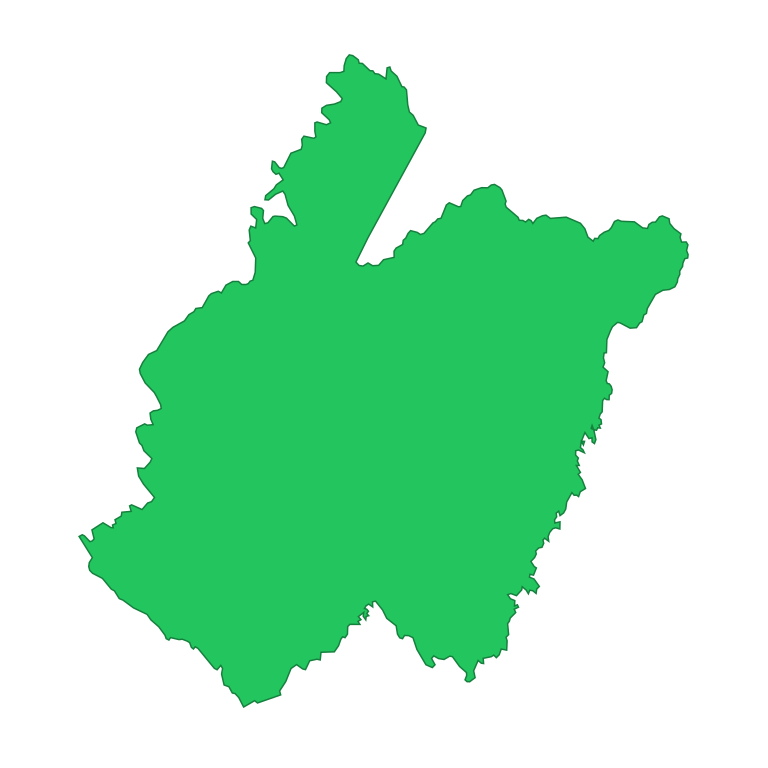 Tibagi, Paraná, Brazil (Equal Earth projection), rotated 182°
{"feature_id": "56859067B71832122633341", "entity_name": "Tibagi", "entity_type": "district", "adm_level": 2, "iso_a3": "BRA", "parent_name": "Brazil", "parent_adm1": "Paraná", "projection": "equal_earth", "projection_center": [-50.488, -24.685], "detail": "fine", "context": "isolated", "style": "filled", "palette": "green", "viewbox_px": 768, "rotation_deg": 182, "n_neighbors": 0, "source": "geoboundaries", "source_scale": "gbopen_adm2", "svg_char_len": 6131}
<svg xmlns="http://www.w3.org/2000/svg" viewBox="0 0 768 768"><g transform="rotate(182 384 384)"><path d="M562.2,465.9L568.3,454.0L574.7,452.9L576.5,449.6L581.4,446.5L585.6,440.1L596.9,433.3L601.7,428.7L612.3,409.5L620.4,405.3L625.9,397.1L628.9,390.2L627.9,385.8L622.7,376.7L613.2,367.4L610.7,363.3L606.5,355.6L605.8,351.7L609.4,349.8L613.6,349.1L616.8,346.8L615.8,340.6L613.3,335.3L619.1,334.6L621.8,335.8L629.5,331.6L630.4,327.5L626.3,316.5L623.8,314.2L621.6,308.9L613.4,301.4L615.0,297.7L620.5,291.2L627.6,291.5L626.0,283.4L620.9,275.6L609.4,262.6L612.2,258.3L616.1,256.8L621.4,250.1L632.0,254.4L634.0,253.3L632.2,247.9L641.5,246.7L642.0,242.8L648.1,239.0L647.0,235.2L650.4,233.6L649.6,230.9L651.9,231.0L660.0,235.5L670.8,228.0L668.3,219.2L670.0,217.0L672.4,216.2L678.1,221.8L680.3,222.8L683.4,221.0L669.4,200.3L672.3,195.2L672.7,191.2L671.6,187.5L668.7,184.7L658.6,179.9L649.3,169.4L646.2,167.9L641.1,160.3L637.3,158.9L626.5,151.5L612.7,145.5L608.7,140.1L600.7,133.6L594.1,125.3L592.8,121.9L590.0,120.6L588.5,123.1L579.9,121.4L576.7,121.9L571.8,120.2L569.2,118.8L567.3,114.1L565.2,112.5L563.5,114.8L560.7,113.3L543.6,93.9L540.8,92.6L537.3,97.1L535.4,94.1L536.2,88.4L533.3,77.6L528.5,76.1L524.8,69.9L522.0,69.4L518.3,65.7L513.0,56.3L502.2,63.0L499.3,60.8L476.4,69.7L477.6,73.6L471.8,83.2L467.0,96.4L461.6,100.5L455.3,96.4L452.5,95.8L448.6,104.8L441.4,106.6L438.1,106.0L437.6,113.7L424.3,114.6L420.3,120.8L418.2,127.5L416.5,129.9L414.1,129.1L411.8,132.7L411.8,140.4L409.7,142.6L399.7,142.9L401.7,145.8L398.8,147.7L401.5,150.6L396.3,155.0L396.7,151.2L394.0,147.7L393.7,151.1L391.2,151.9L393.2,154.0L391.6,156.3L393.5,158.4L395.7,158.9L394.1,161.8L391.6,163.5L387.5,160.8L387.9,165.9L384.9,166.7L377.5,158.1L373.1,149.9L363.4,142.8L361.8,134.5L359.4,130.9L356.6,130.1L354.7,133.4L350.6,133.4L346.2,131.5L341.8,119.8L332.3,104.9L325.8,102.3L323.2,105.2L326.9,111.4L324.8,114.0L319.9,111.5L314.4,110.8L308.8,114.3L306.1,113.9L298.6,104.3L291.5,98.5L291.2,95.5L292.7,91.2L290.6,89.4L288.0,89.4L282.7,93.7L284.4,100.5L280.3,111.0L277.1,108.4L274.7,108.1L275.3,113.3L267.3,115.2L264.8,116.9L262.2,114.4L259.4,117.4L257.6,123.2L252.1,122.3L252.0,131.6L253.2,135.2L250.7,137.9L252.1,148.8L250.4,151.4L249.7,154.5L244.4,160.2L246.0,163.5L241.8,165.6L243.0,168.0L245.8,166.8L245.7,172.1L250.2,173.8L253.1,177.8L249.9,179.0L244.2,177.1L239.2,183.0L238.8,186.2L234.7,183.0L232.4,179.4L231.1,183.0L228.1,182.6L224.7,180.0L224.2,184.4L221.7,187.1L227.3,194.4L231.9,196.0L231.5,198.9L227.9,198.2L225.3,205.5L227.5,206.8L231.0,211.8L227.5,215.7L225.9,219.4L226.6,222.4L223.6,225.6L220.4,226.3L218.8,230.4L219.7,233.5L218.1,235.5L213.9,232.6L214.7,237.2L213.2,241.5L210.4,245.2L207.5,246.3L203.2,245.2L203.3,252.4L208.4,251.1L208.8,254.2L206.8,257.3L207.4,261.0L205.0,263.0L203.5,258.6L200.0,261.4L198.0,265.4L197.3,272.5L192.4,282.0L190.1,279.4L187.7,279.7L185.6,278.3L184.1,283.2L179.0,286.6L182.6,295.1L186.8,300.6L184.6,302.5L188.9,309.3L186.0,309.4L188.1,313.8L187.2,316.8L190.0,319.6L190.1,324.0L187.3,324.8L181.4,322.3L182.8,325.1L185.5,327.4L184.7,333.7L181.5,342.5L177.2,336.6L174.3,337.5L174.0,333.4L171.6,331.8L170.3,335.8L172.8,345.7L170.0,345.2L168.9,347.7L166.3,347.5L167.7,350.4L165.2,351.7L165.9,356.0L168.0,357.4L166.9,361.4L165.0,363.8L164.9,375.1L163.1,377.5L161.1,376.2L158.5,376.2L158.5,380.6L156.2,382.6L155.8,386.2L156.9,389.6L158.7,391.9L160.9,392.4L162.1,395.1L160.5,404.1L165.7,408.5L164.2,412.9L165.6,417.7L165.1,422.7L162.8,423.0L162.8,436.2L159.6,445.0L157.7,449.2L152.8,453.7L150.2,453.3L140.0,448.4L133.6,449.1L130.7,453.8L128.3,455.3L126.7,462.1L124.2,463.7L123.5,468.6L115.9,483.0L108.6,487.4L102.1,488.4L96.7,491.3L94.4,496.1L94.1,499.5L92.2,503.9L92.4,507.3L89.7,511.9L89.5,515.2L87.8,519.7L84.9,520.5L84.6,523.9L86.3,528.0L85.1,533.7L87.0,536.5L91.6,536.2L93.2,540.9L92.5,544.4L99.6,549.4L104.0,554.4L104.9,559.1L111.7,561.7L114.5,560.7L118.3,555.3L121.6,555.0L124.8,552.7L126.1,548.7L130.9,549.0L139.4,554.8L152.5,554.9L155.9,556.1L159.3,554.5L162.2,548.3L164.7,545.3L169.2,543.4L173.7,539.9L175.2,536.8L178.5,536.9L179.9,534.0L185.3,537.9L188.7,546.2L193.3,551.5L207.7,557.1L223.5,555.3L228.0,558.4L231.5,557.7L237.1,554.9L240.8,549.6L242.7,552.4L245.1,553.6L248.2,550.8L250.9,552.3L254.5,552.3L255.9,555.3L268.1,565.0L269.2,568.1L268.4,571.0L272.9,582.0L275.1,584.4L280.5,587.3L283.8,586.6L287.1,583.7L293.4,583.6L300.8,580.8L304.1,576.0L307.2,574.9L311.7,570.1L313.5,564.1L315.7,563.7L325.1,567.4L327.9,565.1L332.8,551.6L336.0,550.9L338.4,547.9L340.7,546.7L349.3,535.9L352.8,534.7L356.1,536.7L362.8,538.2L365.2,535.4L367.3,530.6L369.8,528.3L370.2,524.1L376.6,520.3L378.6,517.1L378.3,510.9L388.8,508.2L393.5,502.4L399.5,501.8L404.2,504.4L409.1,501.1L413.1,501.6L416.3,504.9L405.1,529.7L351.6,636.4L350.9,641.3L358.8,644.0L364.2,653.5L368.1,656.7L370.0,663.7L371.8,678.7L374.3,681.5L376.5,681.8L381.8,692.0L387.8,697.1L389.2,701.0L391.9,700.1L392.7,689.0L400.2,693.5L404.0,693.8L406.1,696.6L408.9,696.6L416.8,703.6L420.0,703.7L421.0,707.1L423.2,708.7L426.7,711.1L430.2,711.7L433.1,707.9L434.9,700.8L435.0,695.1L438.6,693.7L449.2,693.3L452.1,689.3L452.1,683.1L441.7,674.4L435.7,667.8L437.1,664.7L443.4,662.0L451.2,660.5L455.7,657.5L455.7,652.9L448.0,646.2L446.5,643.2L450.6,641.1L460.0,643.5L462.2,642.6L461.9,634.1L460.7,628.6L462.6,627.1L472.7,628.9L474.8,625.7L474.0,619.8L474.9,615.7L485.1,611.4L491.7,596.9L493.8,595.9L496.3,596.6L501.0,602.2L503.3,602.8L503.9,595.1L502.3,592.3L499.3,589.8L496.3,591.0L491.9,584.5L498.5,579.3L500.9,575.2L508.8,568.1L509.4,564.0L505.8,563.9L498.9,569.9L491.9,573.3L489.5,570.1L486.1,559.1L479.4,548.7L476.6,539.9L479.1,538.7L487.3,546.4L491.0,547.7L498.6,548.0L500.8,547.5L505.7,541.0L508.8,540.2L511.0,545.3L510.5,553.1L512.4,555.2L519.7,556.8L523.0,555.5L522.7,549.2L517.0,544.0L517.7,535.5L522.6,537.1L524.1,533.2L522.6,522.6L524.6,520.3L516.6,505.5L516.6,491.1L518.7,483.1L521.4,482.1L523.1,479.6L525.4,478.6L529.7,478.5L533.0,481.4L538.7,481.2L545.4,477.3L549.7,469.3L552.8,470.9L559.7,468.3L562.2,465.9ZM172.8,345.7L175.4,346.8L174.6,349.8L172.8,345.7ZM184.7,333.7L182.6,330.0L181.6,333.7L184.7,333.7Z" fill="#22c55e" stroke="#15803d" stroke-width="1.5"/></g></svg>